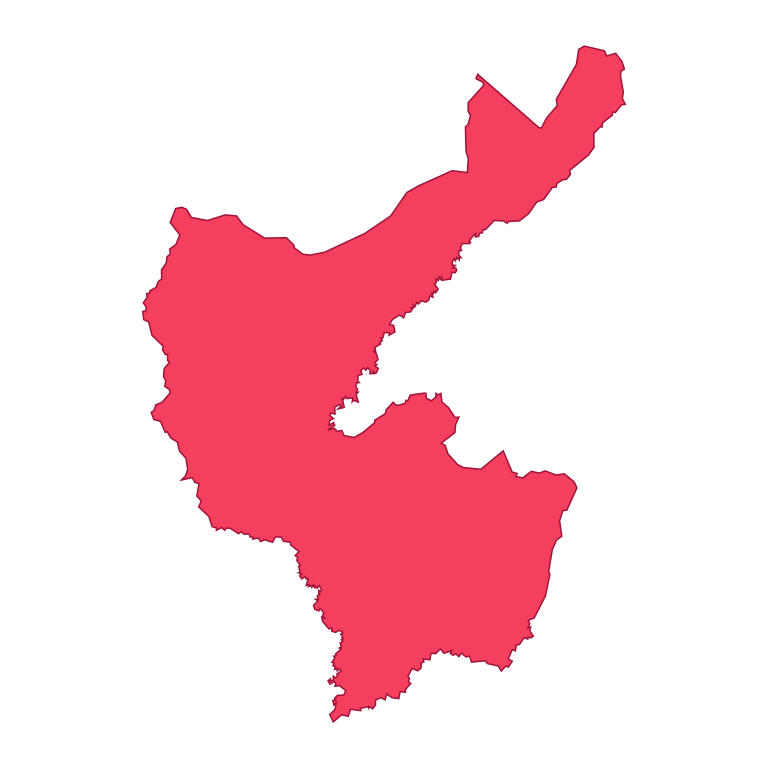 Asutifi South, Brong Ahafo, Ghana (Robinson projection)
{"feature_id": "2480657B57037677938762", "entity_name": "Asutifi South", "entity_type": "district", "adm_level": 2, "iso_a3": "GHA", "parent_name": "Ghana", "parent_adm1": "Brong Ahafo", "projection": "robinson", "projection_center": [-2.395, 6.849], "detail": "fine", "context": "isolated", "style": "filled", "palette": "rose", "viewbox_px": 768, "rotation_deg": 0, "n_neighbors": 0, "source": "geoboundaries", "source_scale": "gbopen_adm2", "svg_char_len": 6079}
<svg xmlns="http://www.w3.org/2000/svg" viewBox="0 0 768 768"><path d="M212.1,526.6L216.7,528.2L216.4,530.3L221.7,527.6L224.7,530.3L226.3,528.1L230.0,528.2L238.5,533.7L241.3,531.7L243.7,534.1L249.4,534.1L249.9,536.8L253.1,537.3L252.7,539.1L258.2,538.0L260.6,541.5L264.8,539.8L272.5,542.3L275.4,537.0L281.4,537.1L283.4,541.2L290.5,542.3L290.7,545.1L299.0,551.5L295.2,555.6L297.6,557.4L296.8,560.4L300.2,565.3L298.7,566.3L300.1,572.4L298.6,572.8L301.6,574.2L299.7,575.8L301.8,578.9L305.3,576.5L306.1,579.0L308.2,578.9L306.2,585.5L308.9,584.5L308.5,586.6L310.8,585.5L311.8,587.3L312.7,585.5L314.4,587.3L314.1,585.2L317.1,588.2L319.3,585.4L321.5,590.2L320.5,591.7L318.7,590.4L318.8,594.3L320.5,594.0L317.2,596.0L318.3,599.1L315.6,599.3L317.9,600.9L313.5,605.3L314.7,609.3L318.8,610.9L320.0,608.5L323.7,612.4L322.5,615.9L325.1,618.4L321.7,617.2L322.6,621.4L329.0,628.9L331.7,628.0L331.8,631.2L335.6,632.4L339.0,630.3L342.7,632.2L340.7,634.4L342.6,634.9L341.7,637.5L343.4,638.6L341.3,639.9L342.9,641.3L340.1,643.1L341.4,647.1L339.3,648.0L341.1,649.2L335.6,653.8L336.2,655.7L333.7,656.2L334.8,658.0L331.9,662.4L334.2,663.1L332.9,665.9L335.4,666.4L334.6,669.4L336.9,668.4L337.2,670.9L339.6,669.0L341.1,671.2L336.7,674.1L337.7,675.7L335.7,677.8L333.3,676.2L333.4,680.1L330.1,680.7L330.4,678.9L328.0,680.9L330.0,684.2L334.1,681.5L335.9,683.7L335.0,686.2L339.4,685.6L345.8,690.5L343.8,695.0L337.4,695.4L334.5,698.3L335.8,700.3L332.8,700.5L333.9,705.2L336.2,703.1L335.1,709.3L329.7,714.6L333.3,721.9L341.7,714.8L348.2,716.3L350.6,709.3L360.7,710.7L360.5,708.4L368.0,706.7L368.7,708.1L369.1,706.5L372.6,708.7L375.5,705.1L375.5,700.1L380.9,697.7L385.0,699.8L386.8,694.1L392.2,697.8L398.8,698.6L400.1,691.7L405.6,692.2L405.2,689.9L410.8,683.4L408.6,682.2L409.4,678.1L407.8,676.8L412.0,668.5L417.9,670.8L421.1,667.8L421.3,663.0L423.9,662.0L423.2,659.0L429.9,659.8L431.0,653.4L435.9,653.5L440.4,648.9L444.0,653.3L451.6,650.6L450.3,653.2L452.8,655.2L456.0,654.0L458.9,656.7L461.3,653.2L466.2,657.0L469.6,656.1L471.5,662.1L485.0,660.9L487.5,663.6L498.2,666.0L501.3,671.1L505.8,666.1L508.3,667.1L512.3,661.2L508.2,658.9L512.4,649.4L515.4,650.9L516.3,645.1L519.4,644.5L524.2,637.7L527.8,639.1L528.0,636.9L530.9,638.0L533.3,636.1L529.7,630.8L530.7,626.9L527.7,628.1L529.8,623.7L528.2,620.4L534.2,618.0L545.4,596.1L549.9,574.4L548.7,571.4L552.3,549.5L556.5,540.1L561.8,536.2L559.6,520.7L562.8,510.7L566.9,510.1L576.9,487.9L574.2,481.9L564.3,473.8L556.0,475.0L545.2,470.9L539.3,473.1L531.3,471.3L522.8,477.9L515.8,476.4L517.2,473.5L512.1,472.0L503.2,450.9L480.8,469.3L463.4,467.5L457.5,464.5L447.9,453.8L445.2,445.4L441.2,443.2L454.9,432.6L455.6,424.6L458.9,417.1L455.0,417.5L448.5,407.6L441.9,401.9L440.9,393.4L437.7,394.9L436.0,393.3L435.7,397.1L431.5,400.8L426.3,398.3L425.9,393.2L423.4,393.2L410.3,395.0L407.7,401.0L406.0,400.3L405.1,403.2L399.8,405.0L396.0,405.2L393.2,402.2L386.2,409.8L385.3,413.6L374.7,420.3L374.8,422.5L363.2,432.3L354.2,437.4L344.1,435.6L341.8,430.5L337.3,431.3L334.4,428.3L327.9,430.0L334.8,425.4L333.5,422.5L329.1,425.5L329.6,420.6L333.5,418.6L329.8,415.5L331.2,413.1L335.0,414.1L334.7,407.0L340.2,404.5L341.4,405.8L338.1,408.9L344.2,407.4L342.2,397.8L343.5,399.4L345.7,396.5L346.8,398.6L353.0,397.9L352.3,401.6L353.5,400.3L358.3,402.1L356.0,394.6L358.2,392.2L356.1,392.3L357.6,389.5L355.8,386.4L356.4,382.9L359.2,382.6L357.8,381.4L358.1,375.4L362.0,374.4L360.9,370.5L363.6,367.9L366.0,370.2L367.7,367.6L370.3,370.6L369.9,373.8L372.9,373.4L373.4,370.4L374.0,373.7L376.2,373.0L378.4,368.4L374.8,366.0L376.8,364.7L374.8,362.7L378.0,359.5L376.3,353.4L373.2,351.3L375.7,351.9L375.0,347.4L380.6,344.0L379.7,342.5L382.3,340.7L380.8,337.8L382.8,338.0L384.2,332.6L389.5,332.7L389.0,335.2L395.0,331.8L393.6,325.3L389.5,324.7L392.3,319.6L399.5,315.0L403.7,317.8L405.5,312.5L410.6,311.9L412.4,309.1L411.2,307.7L413.7,307.7L413.4,305.0L415.1,306.5L416.7,302.3L418.4,304.0L421.4,300.8L425.9,302.1L428.7,300.1L429.8,295.8L433.0,297.2L431.7,293.0L433.5,293.7L434.0,290.8L435.7,292.7L438.2,289.2L434.5,284.1L436.4,282.5L435.9,279.0L438.4,280.5L439.0,277.1L440.4,279.2L441.7,276.7L441.9,280.3L450.5,279.1L452.0,272.2L455.2,272.8L456.7,270.3L455.8,268.0L452.5,267.7L455.3,265.4L452.1,265.1L452.5,261.5L454.3,258.6L455.5,260.8L456.9,257.3L459.2,259.9L459.2,257.7L461.1,257.7L458.8,255.2L459.0,251.0L461.6,250.5L460.4,248.0L462.3,243.6L469.6,243.6L470.6,242.2L469.0,241.2L473.2,235.7L475.7,233.5L475.2,236.9L478.6,236.5L479.5,233.4L482.6,232.7L482.8,229.8L485.4,229.7L494.2,220.5L503.6,221.0L507.3,223.3L508.5,221.5L519.4,220.9L528.5,213.8L536.8,202.0L543.7,199.5L552.4,187.4L556.3,187.0L556.6,183.8L562.3,179.9L566.4,179.3L570.4,174.5L569.7,170.4L588.3,155.2L594.0,147.4L593.8,133.6L600.4,126.5L601.9,127.2L602.8,122.6L612.3,115.2L612.7,112.0L615.3,112.5L621.5,104.8L625.3,104.4L622.4,98.5L623.3,92.1L620.5,75.9L621.0,71.3L624.4,69.1L622.0,61.6L615.7,53.3L606.8,56.0L604.4,50.8L584.3,46.1L578.7,49.4L576.4,64.4L556.3,99.3L557.2,105.6L546.3,118.4L541.5,127.9L539.1,127.8L477.7,74.3L476.0,78.7L483.0,82.2L483.8,85.2L468.2,102.6L468.1,111.0L470.5,115.8L467.9,124.8L465.4,126.9L466.1,151.9L468.3,158.7L467.3,172.5L452.2,170.7L418.6,185.8L406.9,192.5L390.6,216.0L364.7,233.5L324.7,252.2L310.1,255.1L302.7,254.2L294.2,247.7L293.9,245.1L286.4,237.7L264.7,238.1L243.2,224.8L236.4,215.9L225.1,214.9L207.5,220.5L191.5,217.5L186.6,209.3L181.8,207.3L175.7,208.5L170.2,222.5L179.8,234.9L175.9,244.5L169.7,249.1L170.4,254.1L167.0,256.7L166.2,263.2L161.5,269.8L161.7,279.0L158.2,281.5L156.2,287.3L150.0,290.7L149.3,293.6L146.7,293.4L147.0,297.8L143.3,302.7L146.4,307.5L145.4,311.2L142.7,311.4L143.7,319.6L148.7,322.0L152.0,335.3L163.2,346.2L162.5,349.8L165.4,354.6L167.6,354.4L167.6,360.5L169.5,362.3L164.2,368.6L163.5,376.6L165.7,380.7L164.8,386.5L169.6,389.7L169.9,393.2L162.0,402.4L155.9,404.8L154.0,410.5L151.2,412.3L153.9,419.5L160.5,421.4L165.2,432.3L167.2,431.7L170.9,438.1L177.3,442.0L179.6,451.3L185.9,458.1L187.7,469.6L185.3,476.2L181.5,480.0L192.3,477.6L194.8,482.3L199.0,483.8L196.8,496.0L201.2,501.0L198.7,507.0L208.8,516.3L212.1,526.6Z" fill="#f43f5e" stroke="#9f1239" stroke-width="1.5"/></svg>